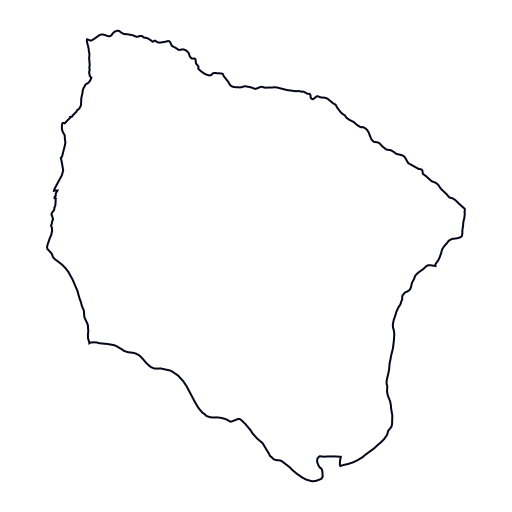 Guacamayas, Boyacá, Colombia
{"feature_id": "7082276B5758535109940", "entity_name": "Guacamayas", "entity_type": "district", "adm_level": 2, "iso_a3": "COL", "parent_name": "Colombia", "parent_adm1": "Boyacá", "projection": "orthographic", "projection_center": [-72.516, 6.443], "detail": "fine", "context": "isolated", "style": "outline", "palette": "ink", "viewbox_px": 512, "rotation_deg": 0, "n_neighbors": 0, "source": "geoboundaries", "source_scale": "gbopen_adm2", "svg_char_len": 5834}
<svg xmlns="http://www.w3.org/2000/svg" viewBox="0 0 512 512"><path d="M132.9,35.3L127.8,34.3L124.7,34.1L123.2,33.7L120.9,32.4L119.5,31.2L118.3,30.8L117.2,30.7L114.4,31.8L112.4,33.8L111.6,35.1L110.4,36.0L109.3,36.3L108.2,36.2L103.6,34.6L102.1,34.5L100.9,34.6L99.5,35.1L94.3,38.8L91.4,40.5L90.5,40.6L87.1,39.3L86.8,40.5L87.0,42.0L88.6,48.3L88.9,51.3L89.4,53.7L89.3,56.8L89.1,57.8L89.7,64.9L89.3,68.2L89.8,70.2L89.3,71.1L89.1,72.7L89.2,73.4L89.5,73.8L89.6,75.2L89.8,75.9L90.7,77.1L91.4,77.6L90.5,79.8L89.3,81.8L88.5,82.7L85.5,84.5L84.8,86.0L83.5,88.2L82.8,90.1L82.4,93.3L81.3,98.2L81.0,104.9L80.7,106.0L79.2,108.7L77.0,110.4L76.3,112.0L75.4,112.6L74.1,114.1L72.7,115.3L72.4,116.3L71.9,116.7L70.3,116.9L70.5,117.4L66.1,121.8L64.9,123.3L64.4,123.4L63.9,123.0L62.9,122.9L62.5,123.2L62.1,124.1L61.9,125.2L61.9,128.0L62.1,130.0L62.8,131.9L64.7,135.3L64.9,139.3L65.4,142.4L64.8,145.7L62.1,156.3L61.8,157.0L60.8,157.9L61.6,161.2L63.2,170.3L61.9,175.2L54.4,189.1L54.0,190.8L55.5,190.4L57.5,190.5L55.9,193.2L55.7,194.3L55.7,196.0L54.7,196.7L54.8,197.6L54.7,197.8L55.1,197.8L55.9,198.6L55.5,199.4L55.7,200.6L55.3,205.6L54.3,207.9L54.3,209.3L54.1,209.9L53.3,211.1L52.7,211.7L51.4,214.1L53.1,219.2L53.0,219.6L52.3,220.8L51.8,223.6L51.1,225.5L51.1,226.0L51.9,227.5L52.1,231.2L51.5,233.5L51.2,235.2L50.2,237.0L47.7,244.3L47.1,246.6L47.1,247.8L47.4,248.9L51.6,253.5L53.0,257.1L54.8,259.1L61.9,264.5L65.7,268.4L68.3,271.8L72.6,279.6L77.6,291.3L78.5,294.9L79.8,299.3L80.7,301.4L81.9,306.0L83.9,310.8L84.3,316.6L84.7,318.0L87.4,323.7L88.0,325.9L88.0,328.0L88.3,330.7L87.9,335.2L88.1,338.7L89.2,342.1L89.3,343.3L90.6,342.5L94.6,342.3L96.9,342.5L99.2,343.2L107.4,344.0L113.4,345.0L115.7,345.8L117.7,346.9L122.3,349.6L123.6,350.6L125.1,351.3L128.0,352.2L132.3,352.7L133.9,353.0L135.9,353.6L139.0,355.2L140.4,356.4L143.3,359.5L146.4,363.2L150.5,366.8L152.3,367.7L154.3,368.5L158.3,368.6L160.4,368.4L170.1,370.5L172.1,371.5L178.1,375.6L183.3,381.3L186.5,386.1L195.3,402.7L197.6,406.6L199.5,409.3L202.6,412.8L204.6,414.1L205.7,415.4L207.2,416.3L210.5,417.3L213.3,417.5L217.5,417.4L221.7,418.0L225.0,418.9L226.8,419.6L229.8,421.4L230.7,421.7L233.5,420.8L238.3,418.9L239.6,419.0L240.8,419.7L242.5,421.2L245.5,424.2L250.8,430.5L252.3,433.1L257.1,438.5L261.5,442.2L262.9,443.6L266.9,450.4L268.5,452.9L269.9,455.7L270.2,456.2L271.4,456.9L272.9,458.6L274.3,459.5L276.2,460.1L280.0,460.4L281.7,461.1L288.1,466.0L290.3,467.8L291.9,469.6L296.5,473.5L301.9,477.3L306.2,479.6L312.2,481.3L315.9,480.9L319.7,479.5L321.5,478.7L322.7,476.6L322.4,471.8L321.9,469.6L320.9,468.1L319.9,467.7L318.5,465.5L317.1,461.8L317.2,459.5L317.6,458.3L318.3,457.4L319.8,456.2L323.4,456.7L327.0,456.5L334.4,456.4L340.8,456.8L340.2,459.7L339.9,462.9L339.9,465.1L340.3,466.0L343.8,464.9L348.1,464.0L352.9,462.4L357.4,460.3L363.3,456.7L363.7,456.1L364.3,455.6L374.4,448.1L377.5,445.2L380.7,442.5L384.2,439.0L386.5,435.7L387.3,434.2L388.2,430.8L391.2,427.1L391.8,425.5L392.1,423.5L392.3,415.4L391.0,407.7L390.9,405.5L390.2,401.6L387.7,395.2L387.0,391.3L387.3,387.0L387.2,385.8L386.6,384.0L386.6,381.4L387.3,377.5L388.0,375.0L389.1,369.5L389.6,363.3L390.4,359.8L391.1,355.7L392.9,348.5L393.9,340.5L394.3,334.0L393.9,330.8L393.0,327.4L392.8,324.6L393.7,320.1L395.9,313.7L396.1,312.5L397.9,308.4L398.6,307.0L400.1,304.9L400.7,303.5L401.3,301.4L402.2,299.5L402.2,296.4L402.6,295.3L404.9,292.6L405.8,292.1L407.0,291.7L409.3,290.2L409.9,289.5L410.9,287.5L411.8,283.5L412.3,282.2L414.3,278.5L414.5,277.4L415.5,275.4L418.0,272.8L423.5,268.9L425.9,266.5L427.9,265.3L430.0,265.2L435.5,266.0L435.4,264.6L435.9,263.5L438.2,260.4L439.8,257.0L441.2,252.9L442.0,249.7L443.1,247.8L444.3,246.1L446.8,243.3L448.3,241.2L449.5,240.2L452.2,238.9L457.1,238.3L459.9,237.5L461.5,236.5L461.9,235.9L462.3,234.1L462.4,230.2L463.1,225.5L463.3,222.4L464.4,217.4L464.7,214.3L464.6,211.5L464.9,209.6L464.7,208.8L459.0,203.7L455.1,199.9L452.3,198.2L450.1,197.7L449.2,197.3L446.6,194.2L440.8,188.7L438.4,185.1L436.8,183.6L434.9,182.4L432.3,181.5L431.4,181.0L425.7,175.9L423.0,174.0L422.7,173.2L422.6,171.5L422.3,170.4L421.8,169.7L419.7,169.0L418.7,169.0L408.2,163.1L404.9,157.3L404.2,156.5L402.0,155.2L397.7,154.2L395.9,153.6L393.6,151.8L390.7,150.2L386.7,149.6L386.0,149.3L382.5,146.5L379.3,143.1L377.0,142.2L374.6,142.0L373.7,141.7L372.3,140.4L371.1,138.7L368.4,131.9L367.7,130.9L367.2,130.0L365.4,128.4L363.3,127.2L362.6,127.1L361.3,127.3L359.8,126.7L356.8,124.8L353.7,122.0L349.3,119.8L347.2,118.3L346.2,117.4L344.9,115.4L342.4,113.8L340.9,112.5L337.2,107.7L335.9,105.2L335.4,104.6L333.1,103.3L327.4,98.6L324.8,97.7L321.4,97.5L319.8,97.1L317.7,96.2L317.1,96.2L316.0,96.8L314.9,97.9L313.5,98.8L312.9,99.2L312.3,99.2L310.9,98.1L310.7,97.7L310.5,95.5L310.1,94.3L309.4,93.9L307.4,93.7L306.6,93.4L304.5,92.1L303.2,91.6L301.5,91.7L299.1,91.0L297.1,91.2L294.4,91.1L290.8,90.5L287.6,90.2L277.5,87.6L275.4,87.3L274.4,87.2L272.6,87.5L269.4,87.5L266.3,87.7L264.5,87.6L262.4,86.9L261.3,86.8L260.0,87.1L258.3,87.9L255.9,88.8L255.2,88.9L250.5,87.2L245.5,86.3L244.2,86.3L241.7,87.2L239.6,87.4L237.3,87.2L236.1,87.3L232.9,86.8L231.3,86.1L229.9,84.8L228.3,81.9L223.7,76.1L222.8,74.0L222.3,73.7L220.7,73.4L217.3,73.3L215.8,73.0L214.5,73.0L213.2,73.2L212.8,73.4L211.7,74.6L210.9,75.2L208.9,75.4L207.3,74.9L204.6,73.8L201.2,71.4L199.1,69.6L198.2,68.5L198.5,66.9L198.4,66.4L196.0,63.5L195.5,59.3L195.1,58.8L194.2,58.5L192.0,58.6L191.2,58.2L190.1,56.7L189.6,55.9L188.8,53.3L188.3,52.6L187.1,51.3L185.6,50.2L183.8,49.5L182.8,49.4L182.0,49.4L180.3,49.9L178.9,49.9L178.3,49.7L175.3,47.6L173.5,46.8L172.1,46.0L171.7,45.5L170.2,42.3L169.5,41.4L168.1,41.0L165.6,41.7L160.2,42.6L158.8,42.6L157.0,42.0L155.4,40.8L154.8,40.7L154.2,40.8L153.1,41.7L152.7,41.7L151.9,41.2L151.5,40.7L147.6,38.3L146.6,38.0L144.1,37.6L143.2,37.1L142.3,36.2L141.4,36.0L140.2,36.0L139.0,36.2L137.7,36.7L136.4,36.8L132.9,35.3Z" fill="none" stroke="#020617" stroke-width="2"/></svg>